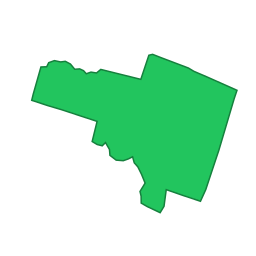 Morro Reuter, Rio Grande do Sul, Brazil (Natural Earth projection), rotated 191°
{"feature_id": "56859067B6764264702080", "entity_name": "Morro Reuter", "entity_type": "district", "adm_level": 2, "iso_a3": "BRA", "parent_name": "Brazil", "parent_adm1": "Rio Grande do Sul", "projection": "natural_earth1", "projection_center": [-51.038, -29.513], "detail": "fine", "context": "isolated", "style": "filled", "palette": "green", "viewbox_px": 256, "rotation_deg": 191, "n_neighbors": 0, "source": "geoboundaries", "source_scale": "gbopen_adm2", "svg_char_len": 821}
<svg xmlns="http://www.w3.org/2000/svg" viewBox="0 0 256 256"><g transform="rotate(191 128 128)"><path d="M117.9,205.0L121.4,203.4L124.7,178.2L165.9,180.3L169.4,176.0L175.0,175.8L179.3,173.3L182.6,175.8L186.7,176.8L191.5,175.5L196.7,179.8L202.3,181.5L206.7,180.0L213.1,180.1L218.3,177.0L219.5,172.6L225.1,171.3L227.5,143.1L227.8,136.8L211.3,134.7L196.8,133.3L176.4,130.7L159.6,128.6L160.6,107.9L155.1,105.9L149.9,105.6L147.3,109.4L142.1,103.4L140.5,97.7L133.5,94.2L126.4,95.0L121.8,97.7L118.0,100.6L115.2,95.0L110.9,91.7L105.8,85.0L100.7,77.2L104.1,68.0L102.1,63.5L100.7,56.8L94.0,54.5L80.3,51.0L77.7,58.0L78.7,74.8L60.6,72.2L42.9,69.9L39.9,82.4L39.1,88.7L35.6,115.7L34.6,123.2L29.4,176.8L28.2,185.8L60.2,193.2L74.1,196.2L80.1,198.4L109.2,203.4L117.9,205.0Z" fill="#22c55e" stroke="#15803d" stroke-width="1.5"/></g></svg>